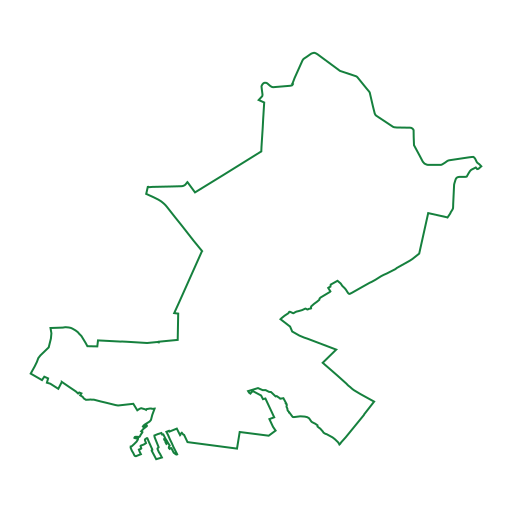 outline of Horia, Constanta, Romania
{"feature_id": "2599482B9028808078144", "entity_name": "Horia", "entity_type": "district", "adm_level": 2, "iso_a3": "ROU", "parent_name": "Romania", "parent_adm1": "Constanta", "projection": "natural_earth1", "projection_center": [28.113, 44.634], "detail": "fine", "context": "isolated", "style": "outline", "palette": "green", "viewbox_px": 512, "rotation_deg": 0, "n_neighbors": 0, "source": "geoboundaries", "source_scale": "gbopen_adm2", "svg_char_len": 5979}
<svg xmlns="http://www.w3.org/2000/svg" viewBox="0 0 512 512"><path d="M30.7,373.6L42.0,380.1L44.3,376.7L48.1,378.4L46.9,382.7L50.3,383.7L58.3,388.8L61.8,382.0L61.8,381.9L69.4,387.1L75.8,391.4L78.1,393.5L79.2,392.5L81.4,393.4L80.2,395.3L82.6,396.8L84.0,398.6L85.5,399.5L85.9,399.8L88.3,399.7L90.8,399.5L91.6,399.7L94.0,399.7L100.9,401.5L106.0,402.7L115.7,405.1L118.1,405.5L133.3,403.8L137.3,410.3L139.6,408.8L141.2,408.2L145.1,409.3L146.1,409.9L146.6,409.1L150.1,408.5L150.6,408.5L151.2,408.5L151.9,408.8L153.7,408.8L154.3,408.6L154.6,408.6L152.3,414.8L151.0,419.8L150.6,420.4L149.5,421.6L145.0,424.4L143.6,425.5L142.9,426.5L143.5,427.1L146.3,425.0L146.6,425.2L146.9,425.7L146.8,426.2L143.6,428.7L141.2,431.3L142.4,432.0L142.4,432.3L140.8,434.6L139.9,436.3L139.5,436.8L139.0,436.9L136.9,436.8L135.6,436.8L134.9,437.0L134.5,437.5L134.4,437.9L134.8,438.1L138.0,438.7L137.9,439.3L137.6,440.0L136.6,441.6L134.0,444.2L131.6,446.4L131.2,446.5L130.7,446.5L130.6,447.7L131.9,450.8L133.2,452.9L134.3,455.2L134.7,455.8L135.9,456.2L140.9,454.2L139.6,451.6L138.9,449.6L140.4,449.0L141.2,448.6L141.3,448.4L140.5,446.1L140.8,445.7L141.3,445.4L142.6,445.0L144.4,444.2L146.0,443.1L145.0,440.4L144.9,439.9L145.0,439.5L145.3,439.1L146.6,438.3L147.0,438.1L147.4,438.3L149.0,442.2L151.3,447.3L152.3,449.4L152.3,450.0L151.7,450.3L151.7,450.7L156.2,459.2L161.9,457.5L160.0,453.8L158.9,452.2L157.6,449.2L157.5,448.7L157.6,448.3L158.6,447.4L158.6,447.1L154.9,437.9L154.5,436.7L154.4,435.5L157.8,434.1L161.4,433.0L162.2,434.6L163.3,434.4L165.3,438.4L164.1,439.1L164.3,439.7L164.8,440.6L165.4,440.4L166.3,440.0L167.0,441.1L165.6,442.5L166.4,443.9L167.9,442.7L169.7,445.5L169.0,446.7L168.8,447.5L168.9,448.1L169.7,448.9L170.7,448.1L171.0,448.0L171.4,448.2L173.7,452.7L173.9,452.9L174.7,453.2L175.2,453.9L175.6,454.2L176.4,454.5L176.9,454.5L177.2,454.3L173.4,446.9L171.9,443.4L169.9,439.3L168.1,435.1L166.4,431.8L169.0,430.8L169.4,431.6L176.8,428.6L180.1,435.2L180.3,435.0L180.6,433.9L181.8,432.8L183.2,434.5L184.1,434.9L187.5,442.1L237.0,448.6L239.7,432.0L268.7,435.7L275.6,430.6L273.0,426.8L269.4,419.1L274.2,417.3L265.4,398.5L263.0,399.2L261.1,395.5L253.6,391.5L252.9,391.4L251.8,391.9L250.4,393.6L249.1,392.7L248.1,391.1L258.0,388.1L262.6,390.1L265.6,390.1L268.9,391.8L271.1,392.1L275.6,396.4L276.7,396.1L280.2,398.5L280.3,398.7L283.4,398.2L286.3,403.6L286.0,403.7L286.7,404.7L286.8,405.2L286.5,406.3L286.6,407.0L287.0,407.8L287.4,408.7L287.5,410.0L287.9,410.8L288.8,411.7L289.0,412.1L289.0,412.4L289.3,412.4L292.4,416.6L292.9,417.0L293.9,417.1L300.3,416.3L304.8,416.6L307.3,417.2L309.1,418.3L311.4,421.6L312.2,422.2L315.2,423.7L317.5,425.3L317.5,426.5L318.9,427.7L319.6,428.1L320.5,428.9L322.8,431.5L323.5,432.6L324.8,433.5L325.9,434.0L326.5,434.1L332.4,437.3L333.1,437.8L335.0,439.3L338.0,442.2L338.9,443.5L339.4,444.5L340.1,443.9L341.2,442.3L345.7,437.3L363.9,415.0L364.2,414.3L374.1,401.6L360.3,394.0L353.8,390.1L352.1,388.8L350.1,387.0L348.3,385.6L346.9,384.2L346.7,383.9L337.0,375.2L322.7,362.8L327.5,358.1L336.2,349.6L307.5,338.7L304.2,337.6L299.4,335.6L292.2,331.5L290.1,326.6L280.5,319.2L281.5,318.2L284.6,315.7L288.4,313.2L289.1,312.0L289.4,311.8L289.8,311.8L290.3,311.9L293.1,313.2L293.5,313.2L295.2,312.2L296.4,311.6L298.6,311.1L302.1,310.1L305.1,308.7L305.5,308.6L306.7,309.1L307.1,309.4L307.3,309.5L308.1,309.3L308.8,308.9L309.5,308.7L310.9,308.5L311.1,308.3L311.0,307.3L311.1,306.7L311.2,306.4L314.0,303.9L316.9,301.8L319.3,299.8L319.6,298.5L320.6,297.5L329.8,292.0L330.4,291.4L328.2,287.9L329.0,287.3L330.4,286.7L330.7,284.6L337.5,280.8L340.7,283.5L342.3,285.9L344.6,288.1L345.8,289.5L347.9,292.8L348.8,293.7L349.7,293.9L351.9,292.8L362.3,286.9L369.8,282.7L371.6,281.9L375.4,279.8L381.1,276.2L383.6,274.9L386.8,273.5L389.7,272.0L395.4,269.1L396.9,267.9L409.8,260.7L412.4,259.0L419.2,253.6L428.2,213.1L446.6,217.2L447.5,217.5L450.3,213.4L450.6,212.5L452.5,209.5L452.8,208.8L453.0,208.3L453.1,207.1L453.2,203.7L454.1,184.7L454.4,183.4L455.4,180.1L455.7,179.2L456.2,178.3L456.8,177.7L457.3,177.4L458.0,177.1L459.2,176.9L464.9,176.9L466.4,176.7L466.8,176.5L467.0,176.1L468.5,173.4L469.9,171.2L470.9,170.1L471.6,169.6L475.8,167.5L477.2,169.1L478.5,168.8L481.3,166.3L479.4,164.3L477.9,163.2L477.2,162.6L476.7,161.9L475.1,158.6L474.3,157.7L473.8,157.2L473.3,156.9L471.8,157.0L469.2,157.3L449.1,160.3L448.1,160.6L447.3,161.0L444.8,162.8L442.7,164.1L441.6,164.7L440.7,164.9L428.0,164.9L427.0,164.7L426.2,164.4L424.5,163.6L422.8,161.7L419.5,155.4L414.0,145.2L413.7,137.0L413.6,130.3L413.5,129.9L412.6,128.7L411.5,128.0L410.9,127.8L410.0,127.7L396.7,127.5L394.7,127.3L394.0,127.2L392.8,126.7L392.1,126.2L376.4,115.8L375.7,115.2L375.2,114.5L374.7,113.4L372.9,106.2L369.7,92.4L368.9,91.3L366.3,88.2L357.3,77.1L356.4,76.4L355.0,75.9L340.0,70.9L317.4,54.2L315.8,53.3L314.7,52.9L314.1,52.8L313.2,53.0L312.1,53.3L311.0,53.8L306.6,56.9L304.3,58.4L303.3,59.2L302.5,60.4L294.6,78.0L292.7,83.0L292.3,83.7L292.9,84.1L292.5,84.8L291.9,85.4L289.9,85.8L273.1,87.2L271.8,86.9L270.3,86.0L267.2,83.3L266.0,82.8L264.5,82.8L264.1,82.9L263.3,83.4L262.4,84.4L261.7,85.7L261.5,86.4L261.8,89.3L262.5,94.5L262.4,95.5L262.2,96.2L258.7,100.0L264.2,102.5L263.2,118.5L262.7,128.0L261.5,146.6L261.3,151.4L223.5,174.9L195.0,192.4L187.6,182.3L187.4,182.1L185.3,184.7L184.6,185.2L183.5,185.8L181.9,186.2L170.8,186.5L152.4,186.9L150.1,187.1L148.9,187.1L148.4,186.8L147.8,186.9L146.3,193.5L146.2,193.9L153.7,197.3L158.3,199.6L160.9,201.2L162.2,202.2L164.1,203.8L165.6,205.3L167.1,207.1L175.2,217.4L182.1,226.0L193.5,240.6L202.1,251.1L201.9,251.3L179.3,301.9L174.2,313.1L178.2,313.6L177.7,339.9L158.8,341.7L158.8,342.4L158.3,342.4L157.9,342.1L157.4,342.0L147.1,343.0L127.6,341.8L121.8,341.5L120.9,341.6L98.0,340.4L97.3,346.4L87.4,346.2L85.6,342.9L81.4,336.0L78.7,333.3L78.3,332.6L77.1,331.6L75.5,330.4L72.4,328.6L70.8,327.9L68.9,327.5L66.9,327.3L65.2,327.2L62.8,327.6L62.4,327.6L50.5,328.0L51.4,333.3L50.9,338.6L48.7,347.4L40.4,355.4L38.3,358.1L36.9,361.9L34.7,366.4L30.7,373.6Z" fill="none" stroke="#15803d" stroke-width="2"/></svg>